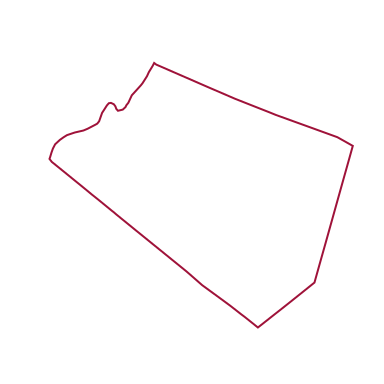 Buriti, Maranhão, Brazil (orthographic projection), rotated 193°
{"feature_id": "56859067B91563835900572", "entity_name": "Buriti", "entity_type": "district", "adm_level": 2, "iso_a3": "BRA", "parent_name": "Brazil", "parent_adm1": "Maranhão", "projection": "orthographic", "projection_center": [-42.895, -3.884], "detail": "fine", "context": "isolated", "style": "outline", "palette": "rose", "viewbox_px": 384, "rotation_deg": 193, "n_neighbors": 0, "source": "geoboundaries", "source_scale": "gbopen_adm2", "svg_char_len": 966}
<svg xmlns="http://www.w3.org/2000/svg" viewBox="0 0 384 384"><g transform="rotate(193 192 192)"><path d="M97.3,74.8L73.7,104.2L52.3,131.3L51.2,154.9L50.4,171.3L47.4,236.5L46.3,259.7L45.7,273.1L62.7,278.1L91.4,281.6L127.3,285.9L134.8,287.1L153.6,289.9L170.9,292.5L199.0,297.6L255.5,308.1L257.9,309.2L258.7,306.0L261.0,299.1L261.9,294.7L264.7,286.8L265.8,284.5L268.8,279.1L272.4,272.7L274.1,264.6L275.5,261.7L275.9,259.8L278.0,256.7L282.4,254.5L284.5,256.0L285.9,258.2L287.9,259.9L291.0,260.6L293.0,259.8L294.4,257.2L296.4,251.6L297.4,248.9L298.4,240.0L299.7,237.3L301.2,235.9L308.0,230.1L311.6,227.5L319.6,223.6L326.6,219.3L329.4,216.5L332.5,213.0L336.1,207.7L337.3,203.0L337.8,198.7L337.9,196.9L338.1,194.0L338.3,192.2L335.4,189.8L329.0,186.7L298.8,171.9L289.2,167.1L282.5,163.9L265.9,155.7L263.7,154.7L260.9,153.2L254.2,149.9L237.7,141.8L179.4,113.3L161.1,103.5L129.4,89.9L117.0,84.1L112.9,82.3L97.3,74.8Z" fill="none" stroke="#9f1239" stroke-width="2"/></g></svg>